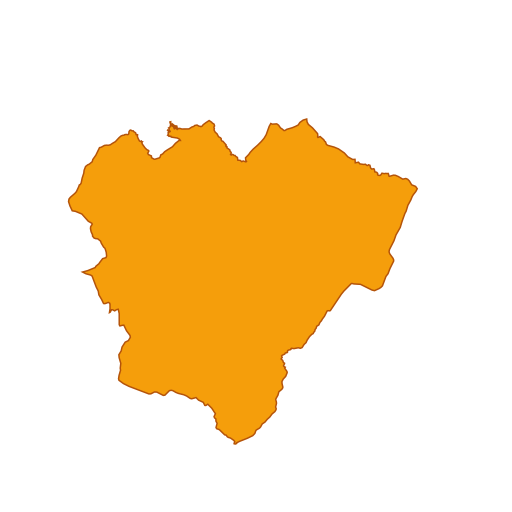 outline of Visinesti, Dâmbovita, Romania, rotated 67°
{"feature_id": "2599482B49145117460111", "entity_name": "Visinesti", "entity_type": "district", "adm_level": 2, "iso_a3": "ROU", "parent_name": "Romania", "parent_adm1": "Dâmbovita", "projection": "albers", "projection_center": [25.566, 45.128], "detail": "fine", "context": "isolated", "style": "filled", "palette": "amber", "viewbox_px": 512, "rotation_deg": 67, "n_neighbors": 0, "source": "geoboundaries", "source_scale": "gbopen_adm2", "svg_char_len": 6123}
<svg xmlns="http://www.w3.org/2000/svg" viewBox="0 0 512 512"><g transform="rotate(67 256 256)"><path d="M421.0,347.1L420.4,346.8L420.2,343.5L420.4,335.0L420.1,329.2L418.9,326.4L416.8,324.5L416.3,323.7L415.8,320.0L415.1,318.5L413.0,315.9L412.4,312.7L410.7,309.4L409.6,306.2L407.7,303.0L406.6,299.4L405.3,297.6L404.2,297.0L402.7,297.0L399.8,294.8L398.4,294.3L396.1,294.0L395.3,293.6L392.7,290.2L389.9,288.0L388.8,284.3L388.0,283.1L387.2,282.5L383.7,281.9L381.7,281.2L379.9,279.0L378.4,275.7L375.6,272.9L374.3,272.6L370.6,273.4L370.2,273.1L369.8,272.5L368.9,273.3L368.0,273.6L367.4,273.2L366.5,272.0L365.9,271.6L364.7,272.4L362.6,272.2L360.6,273.1L360.1,272.6L359.7,271.6L358.0,271.5L357.6,270.7L357.5,267.9L356.7,266.9L357.1,265.4L357.0,265.0L356.7,264.4L355.9,264.3L355.4,263.7L355.3,262.9L355.7,260.8L355.5,260.2L354.9,260.0L354.8,259.4L356.1,257.2L357.0,252.9L358.3,251.2L358.3,249.3L356.2,246.3L355.3,243.8L353.5,241.9L351.0,238.1L350.4,236.4L349.9,235.6L349.8,233.9L349.6,233.5L348.9,232.8L348.1,231.2L346.7,230.3L346.1,229.0L344.4,227.6L344.0,225.1L342.1,223.1L341.2,221.1L340.0,219.6L338.2,216.5L334.4,212.0L334.4,211.2L335.3,209.5L335.3,208.9L324.5,192.4L322.6,188.8L318.7,179.3L318.7,178.5L319.9,176.9L322.9,170.9L332.6,162.6L334.2,160.5L334.1,155.4L333.7,153.3L332.9,151.3L325.6,144.4L323.9,141.4L319.9,137.6L314.5,131.3L313.4,130.8L311.5,130.8L306.5,132.0L304.9,132.0L303.8,131.7L302.2,130.6L295.9,123.1L291.3,118.9L286.1,112.1L281.3,108.1L275.1,102.4L273.4,100.3L268.7,96.4L265.0,91.7L262.3,89.0L261.0,87.2L259.1,83.7L257.1,81.3L254.3,81.9L251.3,84.9L246.9,85.5L244.6,86.4L243.2,87.8L242.6,90.8L242.3,91.1L238.5,93.9L236.2,96.1L235.3,97.8L234.8,102.1L234.4,102.4L232.4,102.0L231.6,102.1L231.4,103.0L230.6,104.4L230.3,105.8L229.0,107.7L230.1,109.4L230.3,110.3L229.4,112.0L228.8,112.3L227.5,111.7L226.1,112.2L224.9,113.8L223.2,113.3L221.7,113.4L221.2,115.5L219.8,116.1L217.0,115.7L216.0,116.8L216.3,117.9L215.9,118.6L214.3,119.4L213.8,121.1L211.8,124.4L209.7,125.0L209.0,128.2L205.7,127.1L204.9,129.3L200.6,132.7L195.7,134.4L189.7,138.2L186.3,141.5L182.1,146.8L180.7,147.6L178.2,147.4L177.1,148.0L175.4,148.2L171.1,150.3L171.1,152.6L170.5,152.8L169.2,152.0L167.4,151.5L160.2,153.9L155.3,156.4L152.4,156.6L149.7,155.8L149.3,159.5L150.2,163.4L151.9,166.0L152.1,168.8L152.1,172.4L151.4,178.2L151.8,180.2L151.5,181.2L149.3,182.3L147.7,183.4L144.4,184.1L142.7,185.1L142.4,185.5L141.0,189.5L139.8,190.6L141.8,193.2L148.3,199.2L150.8,202.6L152.7,206.4L154.6,211.1L156.5,216.8L158.3,220.8L159.7,223.0L161.5,227.3L163.8,228.0L165.2,227.8L165.4,228.5L163.5,230.7L163.6,232.2L161.8,233.2L160.7,235.3L158.0,234.6L156.5,235.7L155.3,236.0L154.8,237.0L153.8,237.4L153.3,238.0L153.4,239.3L152.7,239.8L151.6,238.6L150.8,238.4L149.6,238.9L148.0,238.7L145.1,240.5L144.1,240.0L143.6,240.2L143.4,240.8L142.6,240.7L142.1,240.1L137.5,241.6L137.1,242.3L135.4,242.7L134.5,242.2L133.5,242.4L131.5,243.9L128.4,244.1L126.0,245.2L123.8,245.4L123.1,245.1L122.6,244.6L121.2,244.5L120.5,244.0L120.1,243.3L118.2,243.1L116.3,244.4L115.6,244.5L113.0,246.2L113.7,250.1L114.5,253.3L115.4,254.9L115.4,256.2L114.8,256.7L114.2,257.8L112.4,259.1L111.9,261.5L112.4,262.7L112.2,264.6L112.8,268.1L110.1,274.7L108.7,276.3L108.7,277.1L108.1,277.8L108.4,278.1L108.7,279.1L107.6,279.4L107.6,278.7L105.5,278.1L104.8,279.0L104.7,279.8L101.6,281.5L102.3,282.0L103.0,282.1L103.4,281.0L104.3,281.4L104.6,280.8L105.4,280.6L105.4,279.7L106.7,279.1L107.1,279.2L106.8,279.9L107.1,281.2L107.0,281.5L104.0,281.5L103.9,282.1L103.6,282.5L100.5,282.9L99.1,282.1L99.0,282.9L102.0,283.3L102.5,283.9L103.5,284.3L104.0,286.4L104.7,286.1L106.2,286.9L106.0,287.5L105.5,288.0L105.7,288.3L106.8,287.8L106.7,286.8L106.9,286.5L107.7,286.3L107.9,286.5L108.0,288.6L109.8,289.3L110.3,290.1L111.0,289.4L111.2,289.6L111.8,289.4L112.5,287.6L113.4,287.6L116.7,282.3L118.7,280.7L120.1,280.5L119.6,281.7L120.8,286.1L122.8,290.2L123.7,296.2L124.3,299.3L125.6,302.1L125.7,304.1L127.7,305.9L127.9,306.7L127.4,311.4L126.9,312.1L124.7,313.7L123.0,313.2L120.6,315.4L119.1,315.5L117.5,313.6L116.7,313.8L115.5,314.9L113.1,315.9L108.6,316.9L107.1,316.8L106.5,316.0L106.2,316.8L105.4,316.6L105.4,317.3L104.7,318.3L101.7,318.6L99.0,318.4L98.3,317.6L98.0,317.7L97.4,318.9L95.5,318.7L93.8,319.9L92.8,320.1L92.4,321.2L91.2,322.0L91.0,322.4L91.1,323.1L91.9,324.3L93.5,325.2L94.2,325.9L94.1,326.9L93.5,327.7L93.0,329.3L93.2,330.3L92.8,331.7L92.8,333.5L93.6,335.9L95.8,340.8L96.2,344.1L96.7,346.6L96.4,348.6L95.6,350.2L95.0,352.3L95.4,356.1L95.1,357.7L100.6,364.0L103.4,368.5L105.2,369.9L106.3,373.6L106.3,375.3L107.0,377.9L109.9,380.7L112.5,382.2L116.4,385.6L120.6,388.5L121.6,390.0L121.5,390.8L123.3,392.5L126.6,396.2L127.6,398.3L129.4,403.9L130.5,405.9L132.7,407.3L137.2,407.7L142.6,407.5L144.3,404.8L149.3,399.9L158.5,396.8L161.6,394.4L162.7,394.3L164.5,396.8L166.2,397.7L169.3,398.3L172.7,398.2L173.8,398.7L176.1,398.1L177.3,396.9L178.3,395.0L181.5,393.3L183.8,393.4L188.2,392.8L190.0,392.0L194.0,392.4L197.6,393.5L198.9,394.7L198.5,398.2L201.0,402.6L201.7,403.5L202.9,407.5L203.8,408.5L203.7,416.6L203.0,421.9L205.9,419.5L208.9,415.7L210.4,414.7L222.2,415.2L226.5,414.9L230.4,415.8L235.7,415.1L240.1,414.9L240.5,414.5L240.9,413.2L241.0,410.1L242.3,409.1L243.5,409.3L247.6,411.0L250.8,413.0L250.7,412.1L249.0,410.0L249.4,409.1L251.3,407.5L250.9,405.3L251.2,403.6L255.5,404.4L265.7,408.7L266.6,408.7L267.2,408.6L267.6,406.0L268.0,404.7L274.2,404.4L279.9,403.0L281.7,403.4L284.0,406.5L284.2,410.1L287.5,414.9L290.7,417.2L293.3,420.8L296.1,421.7L302.0,422.4L306.2,424.8L308.2,425.3L312.4,428.7L315.3,430.5L316.9,430.7L321.6,427.9L326.4,423.8L341.1,408.5L341.8,406.6L341.5,402.6L342.5,400.5L348.1,395.8L348.5,394.2L346.1,388.3L346.5,386.5L347.5,385.1L350.2,383.1L352.1,381.2L355.5,376.7L357.7,374.6L361.4,372.2L362.3,371.0L362.9,366.5L366.2,365.2L370.1,361.7L373.5,361.5L374.0,360.6L373.6,358.3L378.8,356.2L385.3,355.0L387.5,357.4L388.8,357.4L390.3,356.6L392.4,357.4L394.9,357.2L398.2,359.8L399.6,359.7L401.5,357.6L408.4,354.7L409.2,353.5L411.3,353.0L412.2,352.3L413.5,350.7L417.0,348.5L418.6,348.1L419.9,349.4L420.3,349.5L421.0,348.5L421.0,347.1Z" fill="#f59e0b" stroke="#b45309" stroke-width="1.5"/></g></svg>